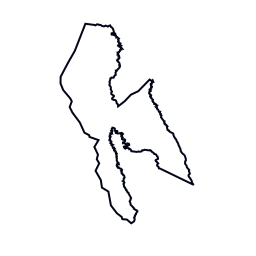 Santa Rosa do Purus, Acre, Brazil, rotated 296°
{"feature_id": "56859067B63738463512329", "entity_name": "Santa Rosa do Purus", "entity_type": "district", "adm_level": 2, "iso_a3": "BRA", "parent_name": "Brazil", "parent_adm1": "Acre", "projection": "natural_earth1", "projection_center": [-70.414, -9.518], "detail": "fine", "context": "isolated", "style": "outline", "palette": "ink", "viewbox_px": 256, "rotation_deg": 296, "n_neighbors": 0, "source": "geoboundaries", "source_scale": "gbopen_adm2", "svg_char_len": 5938}
<svg xmlns="http://www.w3.org/2000/svg" viewBox="0 0 256 256"><g transform="rotate(296 128 128)"><path d="M46.9,174.4L49.0,174.0L50.2,172.7L51.2,173.1L52.5,172.5L53.8,173.0L54.2,172.7L56.4,172.8L56.9,173.1L57.5,172.8L57.8,172.0L57.7,170.8L58.0,168.7L58.5,168.6L60.2,164.0L62.0,162.7L62.8,161.6L64.7,161.8L65.5,161.4L66.4,161.5L69.3,157.3L69.8,157.1L70.0,155.7L70.5,155.4L71.3,153.6L71.8,153.6L72.2,152.4L72.6,152.1L72.8,151.6L73.2,151.4L73.6,150.0L75.0,149.3L75.6,148.5L76.1,148.4L76.5,148.7L77.4,148.7L77.8,148.2L78.0,146.8L78.5,147.2L78.9,146.8L80.4,146.6L80.9,146.2L81.9,146.7L83.2,145.7L83.7,144.8L83.5,144.3L84.3,143.5L84.3,142.3L85.1,141.7L85.7,141.8L85.9,141.3L86.7,141.2L86.7,140.5L87.9,140.8L88.3,139.7L88.0,137.1L88.4,137.0L88.3,136.6L89.0,135.5L88.4,135.5L89.1,134.4L89.5,134.5L90.4,134.0L91.4,135.1L91.5,135.6L92.5,134.7L92.3,134.3L92.4,133.9L92.2,133.7L93.0,133.3L93.7,132.2L96.2,131.1L96.3,130.6L97.4,130.0L97.7,130.3L99.9,128.2L100.2,128.8L101.3,126.9L101.5,127.2L101.8,126.8L101.7,125.3L102.7,124.6L103.5,125.2L103.7,124.5L104.2,124.2L103.6,123.3L104.1,123.0L104.2,122.4L105.1,121.9L105.4,120.8L106.2,121.5L106.2,120.8L106.7,120.2L106.8,118.8L108.4,119.2L108.7,118.8L108.7,117.0L108.9,116.5L109.5,116.4L110.0,116.9L111.8,115.7L112.2,116.0L112.2,115.2L113.3,114.8L113.7,115.3L114.3,115.1L114.8,115.3L115.4,114.4L116.3,115.2L116.3,115.8L117.8,114.4L117.9,114.8L117.7,115.4L118.1,115.4L118.6,115.1L118.6,114.6L119.7,114.0L120.3,113.7L120.7,113.8L120.8,114.2L121.5,114.0L121.9,115.4L121.6,116.5L119.9,117.2L119.7,117.5L120.6,119.5L120.3,120.0L119.3,119.9L119.2,119.1L118.6,118.9L118.2,119.2L118.6,121.4L120.8,124.3L120.7,125.7L120.4,126.1L120.0,125.8L119.5,124.2L118.6,126.0L118.0,126.0L117.6,125.6L117.3,126.0L117.2,127.5L116.7,127.6L115.8,127.2L115.4,127.4L115.2,128.9L116.3,129.8L116.2,130.4L115.9,130.8L114.9,131.1L113.7,130.9L112.9,129.8L112.4,129.9L112.1,130.2L113.0,131.2L112.4,132.8L112.3,133.3L112.6,133.7L113.9,134.1L114.2,135.7L113.4,136.5L112.5,136.1L111.7,135.0L111.2,134.8L110.3,135.4L109.8,135.2L109.7,134.6L110.2,133.6L109.9,132.8L109.4,132.5L108.7,133.1L108.3,134.2L108.3,134.7L108.9,134.9L110.1,136.3L109.9,137.8L109.6,138.2L110.1,138.4L109.8,139.8L109.4,140.5L108.6,141.2L110.4,146.4L111.5,147.8L111.6,148.5L112.6,150.1L113.1,150.5L114.2,150.5L114.8,151.7L115.7,152.4L117.1,156.7L117.8,157.5L117.5,157.9L117.7,158.8L117.0,160.1L116.9,161.9L116.2,162.8L116.5,164.9L115.3,166.5L115.3,167.0L114.1,168.2L113.3,168.5L111.5,167.0L111.0,167.0L110.4,167.6L110.1,168.9L109.4,170.7L108.2,170.3L107.3,170.4L106.7,171.1L106.3,172.7L105.3,173.4L105.6,175.0L105.7,212.0L106.6,210.0L107.2,209.1L108.0,208.8L108.9,207.8L109.4,206.7L110.1,206.0L110.8,204.2L111.6,203.3L112.5,203.1L114.1,203.6L116.0,201.6L117.1,201.4L118.5,198.1L119.7,197.3L120.9,195.0L123.0,194.0L124.5,194.2L126.2,193.0L128.2,190.9L128.7,189.5L129.0,188.0L129.8,186.4L130.3,186.0L130.5,185.4L132.3,184.2L132.9,183.2L133.8,182.4L134.3,181.4L136.3,179.6L136.4,179.2L137.0,178.6L137.2,178.0L139.1,175.8L139.2,175.0L139.9,174.3L140.0,173.7L141.8,171.8L142.7,171.2L142.9,170.7L142.9,167.5L143.2,166.4L143.6,166.2L143.4,165.7L143.7,165.3L143.6,164.4L146.5,162.1L146.8,162.5L147.4,161.4L147.4,160.1L147.8,160.0L148.3,159.2L148.0,158.8L148.4,158.3L148.9,158.4L149.6,157.8L150.0,157.8L149.9,157.2L152.1,153.0L153.5,152.7L153.7,152.2L154.0,152.4L154.3,151.9L154.2,151.2L154.6,150.9L155.1,151.0L155.2,150.4L155.7,150.2L156.1,149.6L156.6,149.6L156.2,148.6L157.7,147.1L157.9,145.8L158.7,145.1L158.9,144.5L159.1,145.0L159.9,144.3L161.0,144.4L160.8,143.3L161.5,143.0L161.6,142.4L161.6,141.9L161.1,141.5L161.1,140.9L161.9,140.6L162.3,139.3L162.7,139.1L162.8,138.4L163.2,138.0L164.3,138.1L164.7,136.7L165.1,136.3L165.0,135.7L166.2,133.9L166.8,133.8L167.1,134.3L166.9,134.7L167.4,134.6L168.0,133.4L168.0,132.7L168.3,131.9L169.7,131.3L170.1,131.7L171.1,132.2L171.4,131.6L171.0,131.2L171.5,130.8L172.3,131.5L172.5,130.7L173.7,131.2L174.1,131.0L174.7,131.6L175.7,131.4L175.7,130.4L177.0,129.4L177.5,129.2L177.8,130.0L178.3,130.0L179.4,129.4L179.9,129.4L180.1,129.9L180.5,129.6L180.7,130.3L181.7,129.2L180.7,128.9L180.6,128.5L180.9,127.6L180.8,127.0L181.0,126.2L165.6,121.1L159.2,116.0L150.6,113.3L143.1,109.6L144.8,108.5L145.3,107.0L146.9,105.7L147.4,104.9L147.5,104.4L147.0,102.8L147.0,101.2L147.4,100.8L148.4,100.8L150.1,101.5L150.7,101.3L150.9,100.7L151.1,98.3L152.2,97.5L153.6,97.7L155.2,95.5L156.6,95.0L157.6,94.1L158.4,92.5L160.6,91.9L161.3,91.1L164.3,90.8L164.8,90.4L166.1,91.1L166.9,93.0L169.1,92.9L170.4,93.7L172.3,92.5L173.9,92.6L174.2,92.2L174.4,92.6L174.8,92.5L175.0,92.9L176.1,93.0L177.6,93.6L179.2,93.9L179.5,93.5L180.4,93.6L181.3,92.8L181.1,92.4L181.9,92.3L182.8,91.6L183.1,90.4L183.5,90.0L183.5,89.4L184.0,89.1L184.0,88.6L185.1,88.5L185.7,89.3L187.4,89.6L188.3,88.7L188.1,88.2L188.9,88.2L189.0,87.7L189.4,87.6L189.6,86.9L190.0,86.7L189.6,86.4L191.2,85.6L191.3,86.1L192.1,86.7L192.5,86.5L193.5,87.0L194.6,86.6L195.5,87.1L195.6,87.5L196.2,87.2L196.7,87.4L196.8,87.8L197.1,87.2L196.9,86.4L197.3,85.1L199.0,85.9L199.1,85.2L197.5,84.6L197.3,84.0L197.5,83.1L197.8,82.8L198.3,83.1L198.9,84.0L199.9,83.2L200.1,83.8L200.7,84.0L200.9,81.7L201.3,81.3L201.8,81.6L202.2,81.5L202.9,80.4L203.3,80.3L204.3,80.7L204.9,78.6L204.2,77.9L205.3,77.2L205.7,76.6L205.3,75.8L205.4,75.3L206.8,75.5L207.2,75.2L207.4,74.2L207.3,73.7L208.8,72.7L210.7,70.8L211.2,69.7L211.3,68.5L212.4,67.0L211.6,66.2L210.4,65.5L210.2,63.0L208.9,62.0L208.3,60.2L208.6,58.1L207.9,56.5L208.0,55.7L207.6,54.7L206.0,53.8L205.9,52.6L203.0,44.0L174.0,46.4L160.6,45.5L144.5,45.0L138.5,47.8L133.7,53.1L129.3,63.1L127.3,65.8L121.3,66.4L117.6,71.1L111.8,82.3L104.7,90.9L104.5,96.3L103.1,97.3L104.2,106.8L96.2,106.1L90.9,112.7L86.3,113.6L83.6,117.6L75.3,117.6L69.2,126.5L63.0,130.7L62.3,138.2L50.9,146.6L46.5,155.4L45.3,161.3L43.6,162.9L45.2,167.1L43.8,172.7L46.9,174.4ZM206.7,73.4L206.2,73.7L205.3,73.7L204.8,72.5L205.1,72.0L206.0,71.8L206.3,72.1L206.7,73.4Z" fill="none" stroke="#020617" stroke-width="2"/></g></svg>